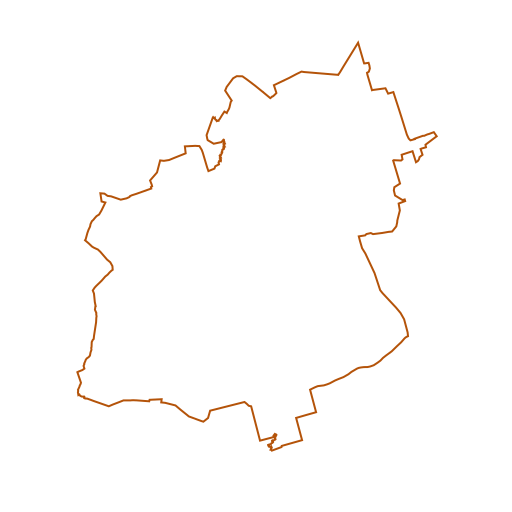 outline of Balgales pag., Talsi, Latvia, rotated 81°
{"feature_id": "27541924B95620316130536", "entity_name": "Balgales pag.", "entity_type": "district", "adm_level": 2, "iso_a3": "LVA", "parent_name": "Latvia", "parent_adm1": "Talsi", "projection": "mercator", "projection_center": [22.867, 57.183], "detail": "fine", "context": "isolated", "style": "outline", "palette": "amber", "viewbox_px": 512, "rotation_deg": 81, "n_neighbors": 0, "source": "geoboundaries", "source_scale": "gbopen_adm2", "svg_char_len": 5859}
<svg xmlns="http://www.w3.org/2000/svg" viewBox="0 0 512 512"><g transform="rotate(81 256 256)"><path d="M138.6,294.7L137.7,298.8L136.6,309.1L143.6,309.4L146.2,320.9L147.6,326.8L147.6,332.1L146.6,335.7L158.0,340.7L164.8,348.8L168.9,347.9L170.9,347.7L171.5,349.0L173.0,348.9L175.9,364.5L176.6,369.1L177.2,371.2L177.9,371.7L178.8,374.8L179.2,380.8L174.4,389.8L173.4,393.2L170.7,395.9L169.7,399.9L178.0,400.0L179.6,396.4L187.0,401.6L190.5,404.5L191.7,407.3L193.5,409.5L194.8,410.9L196.0,412.7L198.7,414.5L201.0,415.3L203.9,417.3L206.8,418.9L212.8,421.6L213.7,422.4L217.2,419.4L221.0,416.5L222.3,415.0L224.0,412.5L224.8,411.2L227.5,409.1L236.2,403.7L239.4,400.9L243.5,399.4L247.2,399.7L247.9,401.1L249.4,403.3L251.2,405.4L252.7,408.1L256.3,412.4L260.5,418.4L262.0,420.3L264.5,422.6L267.8,421.9L276.3,422.4L280.3,422.2L280.3,422.4L283.9,423.5L287.3,422.6L288.3,422.9L290.6,422.9L292.1,423.4L296.4,424.3L309.6,428.5L312.6,429.3L313.3,430.3L315.3,431.7L320.3,432.7L320.9,433.1L322.9,433.2L325.3,434.5L328.4,435.6L329.7,437.1L330.7,439.2L331.9,440.4L333.2,441.1L335.3,442.5L335.8,442.4L337.6,443.5L340.4,443.1L341.5,445.4L342.4,449.4L342.8,450.6L353.8,448.7L355.5,449.6L356.2,450.3L357.3,450.7L360.4,452.8L361.4,452.7L362.7,453.2L365.6,453.2L365.2,452.1L366.3,451.7L366.9,451.1L367.6,450.0L367.9,448.4L367.9,447.8L368.1,447.7L368.8,448.0L369.1,448.0L369.1,447.7L369.4,447.8L369.7,447.6L370.2,446.4L370.2,445.9L370.5,445.2L370.6,444.6L370.8,444.4L372.2,441.8L373.7,439.2L381.4,424.9L380.3,420.6L378.9,414.0L377.9,409.5L379.0,402.6L379.0,402.0L379.2,400.0L379.9,396.5L382.8,384.2L381.4,383.6L382.7,371.6L385.8,372.5L386.8,368.7L391.0,358.9L396.0,354.6L402.6,348.6L403.9,347.5L410.4,335.9L411.4,333.9L408.5,328.7L401.6,325.5L398.4,290.2L400.5,288.3L402.8,286.6L403.0,286.1L403.7,284.3L439.0,280.9L437.6,267.0L436.3,266.9L434.7,265.2L435.0,264.9L435.2,264.4L435.7,264.1L435.7,263.9L435.9,263.8L436.5,264.4L437.0,264.6L436.7,265.0L437.0,265.4L437.5,265.2L437.8,265.4L437.7,265.6L437.1,265.8L436.9,266.0L437.8,266.5L439.1,265.8L439.5,265.8L439.8,265.4L440.1,265.4L440.3,265.7L440.6,266.8L440.8,267.3L440.9,267.9L440.6,268.3L440.7,268.7L441.0,269.1L441.4,269.1L441.7,268.5L441.9,268.5L442.0,268.2L442.5,268.2L442.8,268.5L443.0,268.9L443.2,269.2L443.3,269.7L443.3,270.0L444.3,270.9L444.2,271.9L444.5,272.4L444.7,272.2L444.9,272.3L445.0,272.7L444.9,273.0L444.4,273.1L444.5,273.6L444.9,273.6L446.3,273.1L446.9,271.6L446.9,271.2L447.0,271.1L446.7,270.7L447.8,270.4L448.5,271.0L448.8,271.5L449.6,271.9L449.7,271.3L450.7,270.8L448.7,260.7L447.6,260.3L445.1,239.3L422.2,241.7L420.8,230.5L419.7,221.1L396.5,223.5L395.0,218.7L394.4,216.3L394.2,215.2L394.4,209.2L393.9,205.9L393.3,203.1L391.3,197.3L390.4,193.7L389.3,188.6L387.2,183.1L385.4,179.9L383.0,173.8L382.6,172.1L382.5,169.9L382.6,167.0L383.1,163.3L383.1,162.6L383.0,160.6L382.3,156.8L380.4,152.6L378.8,149.5L376.5,146.5L374.6,143.1L371.4,136.9L367.0,130.7L363.9,126.1L360.7,122.3L359.9,121.1L359.4,119.9L359.0,118.4L355.1,118.2L341.7,119.6L335.0,122.1L328.8,125.8L312.7,136.7L309.2,138.7L291.4,141.6L270.6,147.6L264.9,150.0L257.9,150.9L252.7,151.4L252.7,145.0L251.6,143.5L251.3,139.0L252.7,137.0L253.0,127.7L252.9,120.5L253.0,120.3L253.1,117.7L248.7,112.8L244.9,111.3L243.1,110.9L233.5,106.8L226.5,106.9L225.1,100.1L223.4,100.3L223.7,102.5L218.0,109.2L212.7,109.6L209.7,108.6L207.0,102.4L183.2,105.6L182.9,105.0L184.4,97.8L183.5,96.2L178.8,96.3L177.7,89.5L177.0,85.0L188.4,83.3L187.5,81.3L186.0,79.9L183.9,79.0L182.1,75.7L176.0,76.7L175.8,75.9L175.2,71.1L172.6,71.2L166.0,58.8L161.5,61.0L162.6,66.4L162.6,66.9L162.8,68.1L163.6,71.1L163.4,72.4L165.0,81.0L165.4,80.9L165.9,85.1L165.9,85.4L163.9,86.8L159.7,88.0L141.8,90.6L132.6,92.0L115.6,94.7L116.3,100.1L110.6,101.9L110.3,114.9L110.4,115.5L94.4,117.6L92.4,117.7L92.2,117.2L92.1,116.8L91.6,115.7L88.6,114.2L85.5,114.2L82.8,114.6L82.8,118.4L82.7,119.1L61.3,121.8L82.5,140.0L87.4,144.1L90.0,146.5L89.6,147.3L89.7,147.5L81.8,179.8L81.0,182.2L82.6,187.5L85.3,195.4L90.1,211.6L97.7,210.4L98.3,210.4L100.2,213.1L100.9,214.2L101.0,215.1L101.5,215.7L102.3,217.2L95.0,223.6L94.9,223.6L94.7,223.9L87.7,230.2L80.1,237.5L76.4,241.3L75.4,246.9L75.5,247.2L76.9,250.8L84.4,258.5L87.8,260.6L98.7,255.7L99.5,256.5L100.0,256.9L105.2,259.0L106.7,259.9L109.2,261.9L110.2,262.5L108.4,264.6L111.9,267.8L114.9,270.3L116.4,272.0L116.6,272.0L116.5,272.6L116.6,272.8L116.5,273.0L116.1,273.5L115.7,273.7L115.7,273.9L115.9,274.0L115.7,274.1L115.2,274.3L114.7,274.9L114.2,275.0L113.2,275.0L113.4,275.3L113.2,275.4L113.0,275.5L112.8,275.9L112.9,276.1L112.6,276.2L112.6,276.5L112.2,276.7L112.5,277.0L128.9,285.9L132.5,285.8L134.0,285.6L138.5,280.2L138.1,272.3L136.0,269.9L136.1,269.7L136.4,269.8L136.7,269.5L137.4,269.7L138.0,269.5L138.1,270.1L138.7,270.0L138.5,269.7L138.8,269.7L139.0,270.1L139.6,270.3L139.8,270.1L139.6,269.9L139.9,269.6L139.7,269.3L140.2,269.1L140.3,269.4L140.2,269.6L140.4,270.2L140.6,270.0L141.1,270.5L141.5,270.4L141.4,270.2L141.6,270.1L141.8,270.5L142.4,270.9L142.7,270.5L142.8,270.2L143.2,269.9L143.3,270.3L143.1,270.4L143.9,270.9L144.0,271.3L144.5,271.4L144.8,270.8L145.3,271.0L145.5,271.3L145.5,272.1L145.6,272.4L145.7,272.6L146.2,272.6L146.9,272.9L147.2,272.9L147.5,273.0L147.4,273.3L147.6,273.4L147.9,273.1L148.3,273.1L148.8,273.3L149.2,273.7L149.1,274.0L149.5,274.1L150.0,274.2L150.7,274.6L150.7,274.9L151.0,275.2L150.8,275.5L151.2,275.6L151.3,275.9L151.5,275.8L151.6,276.0L152.1,275.7L152.4,275.6L152.3,275.8L152.5,276.0L153.4,275.6L153.6,275.7L153.7,276.0L153.9,275.8L154.1,276.2L154.7,276.0L154.9,276.2L155.0,276.1L154.9,275.9L155.2,275.7L155.4,275.9L155.7,275.9L156.0,276.3L156.1,276.0L156.0,275.7L156.4,275.7L156.8,275.9L156.6,276.1L156.7,277.3L156.6,277.5L156.9,277.6L157.4,278.1L157.7,278.1L158.0,278.4L158.5,278.3L159.7,278.2L161.0,282.2L163.2,283.4L164.7,289.7L160.9,290.4L145.7,292.4L142.7,293.0L138.6,294.7Z" fill="none" stroke="#b45309" stroke-width="2"/></g></svg>